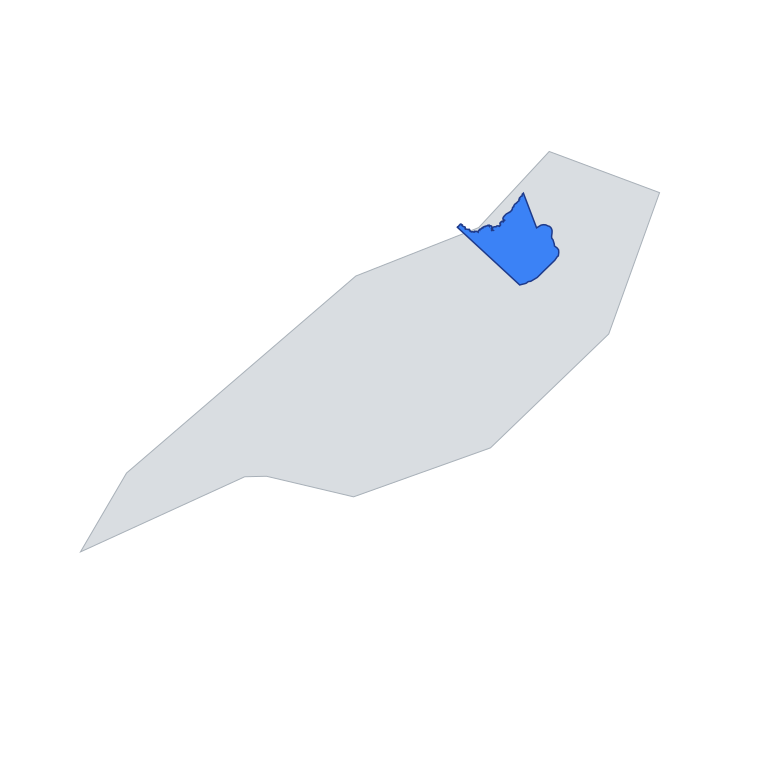 location of Ngersuul, Airai, Palau, rotated 220°
{"feature_id": "81905179B1106200869758", "entity_name": "Ngersuul", "entity_type": "district", "adm_level": 2, "iso_a3": "PLW", "parent_name": "Palau", "parent_adm1": "Airai", "projection": "albers", "projection_center": [134.596, 7.428], "detail": "fine", "context": "in_parent", "style": "filled", "palette": "blue", "viewbox_px": 768, "rotation_deg": 220, "n_neighbors": 0, "source": "geoboundaries", "source_scale": "gbopen_adm2", "svg_char_len": 4936}
<svg xmlns="http://www.w3.org/2000/svg" viewBox="0 0 768 768"><g transform="rotate(220 384 384)"><path d="M406.9,668.3L295.9,707.7L244.0,566.8L261.4,403.5L334.8,278.0L414.7,237.8L431.1,223.4L508.6,60.3L524.0,150.3L475.0,448.6L412.0,564.7L406.9,668.3Z" fill="#d9dde1" stroke="#a8b0b8" stroke-width="1"/><path d="M399.9,619.8L400.0,618.8L400.0,618.7L400.1,618.2L399.8,617.9L399.6,617.6L399.5,617.3L399.1,616.8L399.1,616.5L399.3,616.4L399.5,616.2L399.7,615.9L399.7,615.5L399.7,614.8L399.8,613.9L399.8,613.4L399.7,613.2L399.5,612.9L399.1,612.9L399.2,612.7L399.3,612.4L399.1,611.8L398.9,611.7L398.6,611.4L398.4,611.2L398.5,611.1L398.7,609.9L398.8,608.7L398.9,608.2L398.7,607.8L398.8,607.4L399.0,607.3L399.0,607.0L399.2,606.5L399.4,605.6L399.2,604.2L399.0,603.9L398.8,603.8L398.7,603.5L398.8,603.1L398.6,603.0L398.9,602.3L398.8,602.0L398.8,601.5L398.7,601.2L398.2,600.7L398.0,600.1L398.1,599.7L397.8,599.3L397.7,599.0L398.0,598.1L398.0,597.9L397.9,597.5L398.0,597.2L398.2,596.7L398.3,596.5L398.1,596.4L398.1,596.2L398.3,596.0L398.6,595.6L398.8,595.0L399.0,594.6L399.0,594.2L399.5,593.3L399.6,592.8L399.7,592.3L399.8,591.4L399.7,590.9L399.8,590.5L399.8,590.2L399.9,589.5L399.7,589.2L399.8,589.0L399.8,588.4L399.7,588.1L399.5,587.7L399.1,587.3L399.1,586.9L398.7,586.7L398.2,586.6L397.8,586.8L397.7,586.8L397.3,586.8L397.0,586.9L397.1,586.6L397.0,586.2L396.9,586.1L397.1,585.7L396.9,585.5L396.9,585.3L397.0,585.4L397.4,585.3L397.6,585.2L398.1,584.8L398.0,584.6L397.9,584.6L397.9,584.3L398.0,584.3L398.4,584.0L398.5,583.9L398.6,583.4L398.6,583.2L398.4,582.8L398.6,582.7L398.6,582.3L398.5,582.1L398.6,581.8L398.5,581.7L398.2,581.5L398.2,581.3L398.0,581.2L397.9,581.3L397.8,581.1L397.5,581.1L397.5,580.8L397.3,580.7L396.9,580.6L396.8,580.4L396.9,580.1L396.9,579.7L397.1,579.6L397.2,579.4L396.9,578.9L397.0,578.8L397.3,578.7L397.5,578.7L397.8,578.7L398.1,578.6L398.4,578.5L398.8,577.9L399.1,577.7L399.3,577.2L399.3,576.8L399.2,576.6L399.3,576.4L399.5,576.4L399.6,576.2L400.1,575.8L400.5,575.4L401.0,574.7L401.4,573.6L401.3,573.4L401.0,572.9L400.7,572.8L400.0,571.9L399.8,571.8L399.0,571.9L399.1,571.7L399.4,571.8L399.8,571.6L400.0,571.5L400.1,571.2L400.2,570.8L400.7,571.0L400.7,571.4L400.7,571.7L400.8,571.9L401.1,572.1L401.1,572.3L401.3,572.4L401.6,572.4L401.5,572.6L401.5,572.8L402.0,573.3L402.4,573.6L402.6,573.8L402.9,573.9L402.9,574.0L403.1,574.1L403.4,574.0L403.8,573.9L404.5,573.4L404.8,573.3L404.9,573.1L404.8,572.9L405.0,573.0L405.2,573.3L405.3,573.4L405.6,573.3L405.7,572.9L405.7,572.7L405.9,572.8L406.2,572.4L406.0,572.2L405.9,572.2L406.1,572.0L406.5,572.2L406.6,571.8L407.1,570.9L407.6,569.7L407.8,569.9L407.9,569.7L408.1,569.4L408.3,569.3L408.4,569.1L408.6,568.6L408.7,568.4L408.7,568.2L408.8,568.1L408.8,567.8L408.7,567.6L408.8,567.4L408.9,567.5L409.0,567.5L409.1,567.1L409.0,566.9L409.2,566.7L409.3,566.6L409.3,566.4L409.2,566.4L409.3,566.3L409.3,566.2L409.2,565.9L409.1,565.6L409.4,565.4L409.6,564.9L409.7,564.5L409.8,564.5L409.9,564.4L409.9,564.2L410.0,564.1L409.9,563.9L410.0,563.8L409.9,563.7L410.0,563.7L410.1,563.2L410.1,562.9L410.1,562.5L410.0,562.4L410.1,562.0L410.0,561.8L409.9,561.7L409.7,561.4L409.7,561.2L409.5,560.9L409.8,560.9L410.1,560.8L410.2,560.6L410.3,560.6L410.5,560.7L410.8,560.6L411.0,560.6L411.3,560.4L411.5,560.1L411.7,559.9L411.8,559.9L411.9,559.7L412.0,559.6L411.9,559.6L412.0,559.5L412.1,559.4L412.2,559.5L412.3,559.4L412.2,559.4L412.4,559.4L412.5,559.4L412.5,559.2L412.8,559.1L412.8,558.8L412.8,558.7L412.6,558.4L412.8,558.3L412.8,558.1L413.2,557.9L413.5,557.8L413.6,557.7L414.3,557.5L414.4,557.4L414.4,557.2L414.5,557.1L414.6,556.8L414.8,556.7L415.3,556.7L415.6,556.5L415.9,556.3L416.2,556.3L416.4,556.6L416.6,556.7L416.6,556.8L417.1,557.1L417.6,557.1L417.8,557.1L417.9,556.9L418.1,557.0L418.1,556.9L418.4,556.9L418.5,556.8L418.8,556.7L419.0,556.5L419.0,556.4L419.3,556.2L419.8,555.9L420.3,555.7L420.6,555.5L420.9,555.2L421.0,555.0L421.2,554.9L421.5,555.0L421.6,555.3L421.8,555.3L422.1,555.6L422.3,555.9L422.3,556.0L422.5,556.1L422.6,556.3L422.8,556.3L423.0,556.3L423.1,556.2L423.6,556.1L423.8,555.9L424.1,555.8L424.4,555.6L424.5,555.6L425.1,555.5L425.3,555.5L425.2,555.6L425.3,555.6L425.5,555.6L425.8,555.6L425.9,555.8L426.0,555.7L426.1,555.8L426.1,556.0L426.3,556.2L426.5,556.2L427.0,556.0L427.6,556.1L427.8,556.0L428.0,555.9L428.2,555.6L428.3,555.5L428.3,555.2L428.3,554.8L428.3,554.7L428.1,554.4L428.3,554.0L428.4,553.9L428.4,553.7L428.3,553.4L428.3,553.1L428.4,552.7L428.3,552.4L428.4,552.1L428.5,551.9L428.7,551.7L428.6,551.2L343.7,547.1L343.1,548.0L340.4,551.7L339.7,553.0L339.6,554.2L339.1,555.4L337.6,557.0L335.1,564.1L334.3,573.0L332.7,588.6L333.1,593.0L332.8,594.2L334.6,597.0L336.4,598.9L337.4,599.2L338.9,599.5L340.5,599.4L342.1,599.3L343.6,600.7L345.4,601.9L347.3,603.1L349.2,603.5L350.6,604.9L352.3,607.6L353.7,609.4L355.0,610.4L356.8,611.1L358.6,611.1L359.9,610.5L362.3,609.9L364.3,608.5L365.8,606.7L367.5,601.7L399.9,619.8Z" fill="#3b82f6" stroke="#1e3a8a" stroke-width="1.5"/></g></svg>